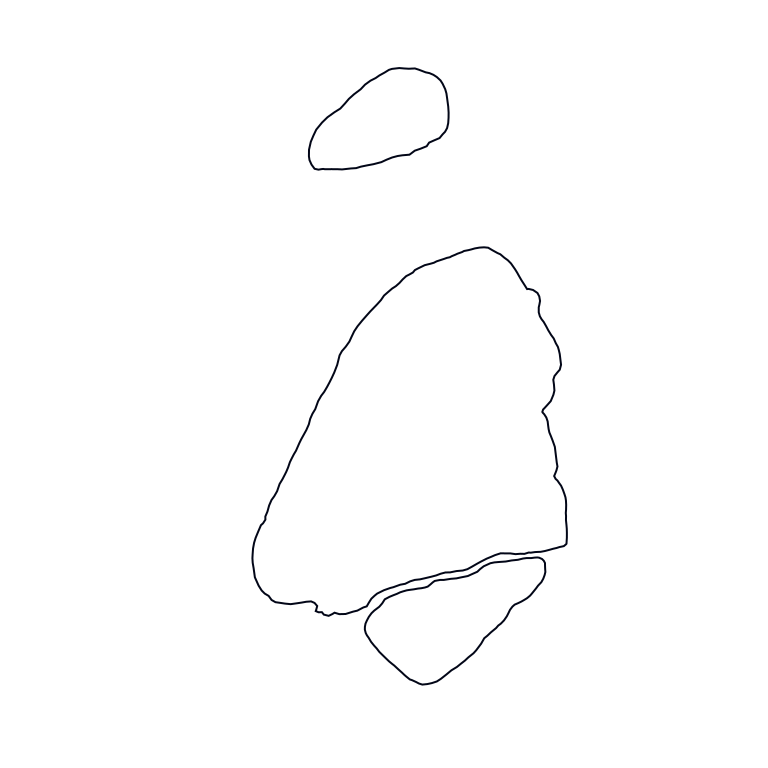 the district of South Maalhosmadulu, Maldives, rotated 164°
{"feature_id": "70690204B34947259557359", "entity_name": "South Maalhosmadulu", "entity_type": "district", "adm_level": 2, "iso_a3": "MDV", "parent_name": "Maldives", "parent_adm1": "", "projection": "natural_earth1", "projection_center": [72.971, 5.094], "detail": "fine", "context": "isolated", "style": "outline", "palette": "ink", "viewbox_px": 768, "rotation_deg": 164, "n_neighbors": 0, "source": "geoboundaries", "source_scale": "gbopen_adm2", "svg_char_len": 5215}
<svg xmlns="http://www.w3.org/2000/svg" viewBox="0 0 768 768"><g transform="rotate(164 384 384)"><path d="M559.5,248.3L560.1,242.9L561.4,233.8L560.1,224.7L558.5,219.2L556.4,215.4L553.3,212.1L551.6,207.4L548.5,204.2L543.6,202.0L539.7,200.2L534.4,198.1L528.1,197.2L523.5,196.6L518.7,196.1L514.0,195.1L511.1,192.7L509.4,189.0L511.0,186.3L512.2,184.5L509.8,182.6L506.6,181.8L505.4,178.9L501.1,176.4L497.0,177.1L494.6,177.8L490.4,175.1L484.3,173.5L476.5,173.7L472.1,173.5L465.4,174.9L461.9,175.0L458.8,178.0L455.3,181.1L451.4,183.1L448.4,184.4L440.8,185.8L434.2,186.2L431.1,186.1L423.7,186.6L418.7,186.1L413.2,187.1L408.4,187.2L403.3,186.3L398.1,186.0L391.5,185.7L386.6,185.6L381.9,186.0L376.9,185.9L372.4,184.7L365.9,184.2L359.7,183.0L354.9,183.0L350.0,184.1L344.0,185.6L339.6,186.6L333.5,187.8L328.2,188.4L324.4,188.9L318.5,189.1L314.3,187.8L309.4,186.4L304.5,184.2L299.6,183.2L295.8,182.0L291.3,182.1L289.4,181.4L285.1,180.8L281.7,180.0L279.7,179.5L275.3,179.1L270.2,179.0L266.9,179.0L263.3,178.8L260.2,178.9L257.7,178.7L255.8,178.6L253.1,179.8L252.6,180.2L250.6,185.8L249.2,190.6L248.2,194.5L247.5,198.0L246.6,203.0L245.4,206.9L244.8,209.9L243.6,213.1L242.2,217.6L241.2,221.9L240.8,225.1L240.9,228.6L241.2,233.1L241.8,237.4L243.0,240.7L243.9,243.4L245.2,245.5L245.8,248.6L243.5,251.5L242.0,253.5L240.0,256.9L239.6,260.8L237.5,274.0L237.1,276.5L237.5,283.1L237.9,287.6L238.4,291.8L238.2,295.2L237.6,299.3L237.0,302.9L237.2,307.0L238.3,310.7L239.3,312.7L239.5,313.5L238.1,315.6L236.2,316.7L232.8,318.8L228.4,321.6L224.1,327.0L222.0,330.7L220.8,336.5L220.1,341.4L217.9,344.7L213.9,347.5L211.1,349.3L208.5,353.7L207.8,358.2L206.8,364.4L206.6,368.3L206.6,371.7L207.6,375.8L208.3,381.0L209.8,385.0L211.3,390.4L212.2,394.8L213.4,399.7L214.7,402.9L215.5,406.1L215.5,410.2L214.1,415.1L212.9,417.2L211.1,420.8L210.6,425.4L211.4,429.2L214.8,433.3L218.7,435.5L220.3,435.8L221.5,440.0L223.3,446.0L224.4,450.4L225.3,454.3L226.4,458.2L228.7,464.9L230.9,468.9L233.5,472.2L236.4,476.6L238.8,478.6L243.0,482.8L246.3,486.3L250.1,487.8L254.6,488.8L259.4,489.3L263.0,489.3L266.0,489.4L270.4,489.8L272.6,489.3L277.5,489.0L279.9,488.6L283.6,488.2L285.8,487.7L288.7,487.9L291.8,487.7L299.7,487.4L302.6,486.8L306.3,486.8L312.1,487.0L319.5,485.7L322.9,485.0L325.5,483.2L329.7,482.2L332.9,481.6L337.2,479.4L341.2,476.9L345.6,474.8L349.9,473.5L354.9,471.2L359.6,469.0L363.8,465.5L368.6,462.5L377.1,457.6L381.7,454.7L387.6,450.9L393.5,446.8L398.1,442.9L402.0,438.5L405.6,434.3L410.5,430.4L415.4,427.2L418.8,423.8L423.7,415.3L428.7,408.7L432.5,404.3L436.3,400.2L439.5,396.9L443.7,392.9L447.6,390.0L452.1,385.6L457.0,378.8L461.0,375.1L464.5,370.9L467.4,365.9L471.4,361.1L475.5,357.0L478.8,353.7L481.6,350.6L487.0,344.1L490.0,341.3L493.4,337.7L496.0,334.8L499.2,330.2L502.1,326.6L504.3,324.2L508.0,320.3L511.9,316.7L516.3,310.4L520.4,306.4L524.1,303.5L527.9,298.9L531.2,293.5L534.6,289.3L535.4,286.3L538.7,283.4L541.2,282.2L545.6,276.8L549.8,271.5L552.6,267.2L555.2,262.0L557.3,256.3L558.5,252.8L559.5,248.3ZM470.2,149.7L469.7,147.1L468.7,144.3L467.5,139.7L465.6,135.2L463.9,131.8L462.4,127.9L460.2,124.0L457.8,119.8L455.6,116.0L453.4,112.8L451.8,110.6L448.9,105.8L446.2,101.5L444.7,98.9L443.4,96.9L440.6,92.9L438.7,91.6L435.3,88.7L432.9,86.4L430.0,84.5L425.0,83.6L420.4,83.3L415.2,83.5L410.6,84.9L404.0,87.6L398.1,90.2L391.9,91.9L387.0,94.0L382.5,95.8L378.2,98.0L372.2,100.5L368.8,102.6L362.2,107.6L357.7,112.0L354.1,113.5L349.7,115.8L346.5,117.2L343.5,118.5L340.8,120.3L337.8,121.4L333.8,123.7L329.9,126.9L327.4,129.6L325.1,132.2L321.9,134.6L319.2,135.9L315.3,136.4L311.9,137.0L308.7,137.8L305.5,138.7L301.9,140.3L299.6,141.8L294.2,145.6L291.5,147.7L287.4,150.1L284.6,152.9L282.3,156.0L280.7,158.8L280.1,161.6L279.6,163.7L279.1,165.7L278.6,167.5L279.1,170.0L280.3,172.2L282.8,174.3L284.4,175.0L287.1,175.6L290.5,176.1L295.1,177.4L298.4,177.9L303.7,178.1L309.9,179.2L315.9,179.8L322.0,181.1L327.1,182.1L331.2,182.4L338.4,181.3L342.6,179.6L346.0,177.8L353.1,176.8L356.3,176.3L363.6,176.9L368.0,177.2L373.5,178.3L380.7,179.2L384.0,180.2L387.1,180.5L389.6,180.7L392.0,179.8L394.7,178.5L397.8,177.2L400.8,177.1L404.3,177.4L407.8,178.0L411.9,178.4L416.6,179.1L419.1,179.4L422.8,179.4L425.9,179.3L429.5,178.7L433.0,178.4L437.4,177.9L442.6,176.8L446.2,173.6L449.9,171.2L455.8,168.9L459.2,167.1L462.8,164.3L465.6,161.4L467.8,158.8L469.3,155.8L470.1,153.2L470.2,149.7ZM393.9,619.8L393.2,614.9L391.4,610.0L387.9,608.1L385.0,607.8L383.2,607.5L381.7,606.8L375.3,605.0L369.8,603.4L365.1,601.8L356.3,600.3L351.3,599.2L346.3,599.3L339.8,598.8L333.5,598.2L325.4,598.0L319.7,598.9L313.7,599.5L308.1,599.4L303.4,598.8L296.3,597.4L290.1,599.8L284.1,600.1L277.4,600.8L274.1,603.6L268.4,604.4L262.8,605.1L258.9,607.8L255.8,609.6L252.8,612.6L250.4,617.0L248.6,622.0L247.1,627.0L245.8,632.9L244.6,641.0L243.9,646.1L243.9,650.5L244.9,656.5L246.0,660.2L248.6,664.5L251.3,667.6L254.6,670.3L258.0,672.1L264.0,676.6L267.3,678.8L273.2,680.2L277.5,681.7L282.2,683.5L289.5,684.7L292.7,684.6L297.6,683.2L303.3,681.9L307.7,680.4L313.4,679.3L319.7,677.0L325.1,673.8L332.9,670.8L339.1,667.8L344.2,664.4L350.1,660.8L356.7,658.9L364.8,656.0L371.5,652.4L379.0,647.2L383.5,642.1L387.6,637.0L391.5,629.9L393.4,623.6L393.9,619.8Z" fill="none" stroke="#020617" stroke-width="2"/></g></svg>